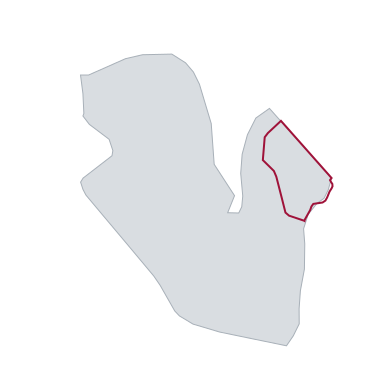 Djibouti, with Ali Sabieh highlighted, rotated 286°
{"feature_id": "DJI-1566", "entity_name": "Ali Sabieh", "entity_type": "Region", "adm_level": 1, "iso_a3": "DJI", "parent_name": "Djibouti", "parent_adm1": "", "projection": "mercator", "projection_center": [42.821, 11.228], "detail": "fine", "context": "in_parent", "style": "outline", "palette": "rose", "viewbox_px": 384, "rotation_deg": 286, "n_neighbors": 0, "source": "natural_earth", "source_scale": "10m", "svg_char_len": 1191}
<svg xmlns="http://www.w3.org/2000/svg" viewBox="0 0 384 384"><g transform="rotate(286 192 192)"><path d="M293.7,243.4L280.3,264.6L263.2,291.5L243.8,322.2L231.7,322.4L222.2,320.6L215.8,315.4L202.5,309.8L187.4,309.4L173.2,314.7L148.9,321.3L127.0,323.4L109.4,327.1L94.8,331.4L81.6,329.0L70.2,325.2L67.7,292.6L65.0,257.1L65.3,229.4L69.4,214.1L72.9,208.2L93.6,187.0L100.7,178.4L124.4,143.4L144.6,113.4L159.8,90.9L164.4,86.5L170.8,82.2L175.4,83.5L204.8,105.1L210.0,104.5L219.8,97.8L228.7,74.7L235.0,66.2L237.7,66.4L256.6,60.0L273.7,52.6L275.9,60.3L301.8,91.3L310.3,106.6L319.0,134.6L314.4,150.2L307.7,160.3L297.7,169.4L263.1,191.6L224.7,205.7L200.2,233.9L181.9,232.0L184.7,242.7L191.5,243.9L202.1,241.9L223.3,233.7L242.1,229.8L262.3,229.5L280.7,233.0L293.7,243.4Z" fill="#d9dde1" stroke="#a8b0b8" stroke-width="1"/><path d="M284.9,257.9L243.9,322.3L241.5,321.4L240.0,322.8L238.4,324.7L236.2,325.5L234.1,325.2L230.3,324.1L223.9,323.4L220.5,322.6L217.9,320.4L214.0,311.9L211.0,310.8L207.3,310.6L196.4,308.0L195.2,308.1L195.3,307.7L196.0,291.8L198.0,287.5L210.4,280.3L230.0,268.8L234.8,264.9L242.2,251.3L264.7,246.8L269.6,248.7L284.9,257.9Z" fill="none" stroke="#9f1239" stroke-width="2"/></g></svg>